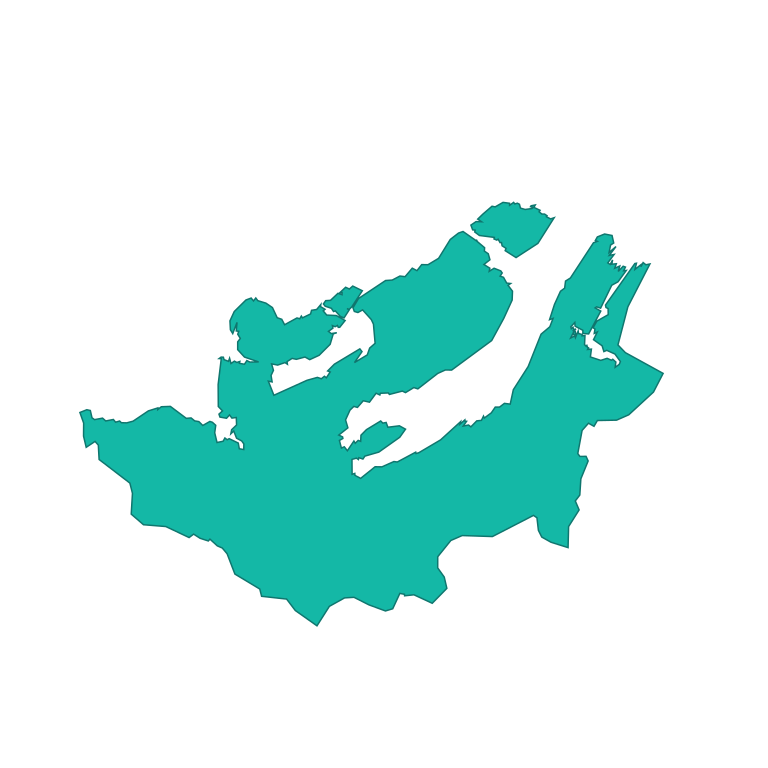 Hyllestad nor, Sogn og Fjordane, Norway (Albers equal-area conic projection), rotated 122°
{"feature_id": "86288312B29957343323174", "entity_name": "Hyllestad nor", "entity_type": "district", "adm_level": 2, "iso_a3": "NOR", "parent_name": "Norway", "parent_adm1": "Sogn og Fjordane", "projection": "albers", "projection_center": [5.193, 61.176], "detail": "fine", "context": "isolated", "style": "filled", "palette": "teal", "viewbox_px": 768, "rotation_deg": 122, "n_neighbors": 0, "source": "geoboundaries", "source_scale": "gbopen_adm2", "svg_char_len": 6161}
<svg xmlns="http://www.w3.org/2000/svg" viewBox="0 0 768 768"><g transform="rotate(122 384 384)"><path d="M141.3,222.1L144.1,225.1L143.7,228.6L148.4,228.2L146.6,229.3L153.8,231.9L147.8,233.9L148.9,235.1L199.7,238.0L201.5,236.3L201.3,233.9L206.4,230.6L217.9,236.8L225.5,236.5L225.6,234.2L229.7,232.5L226.9,230.7L235.4,229.8L236.0,219.3L240.0,214.7L237.4,212.9L236.2,204.0L239.7,195.4L242.7,194.9L247.3,196.8L242.5,199.0L241.8,203.1L243.3,203.7L244.0,208.4L249.1,212.7L251.7,223.3L244.5,226.6L246.8,229.6L244.4,229.5L245.6,230.1L243.8,232.4L244.9,232.5L244.3,234.8L236.5,239.2L238.2,241.6L237.0,242.2L238.1,245.7L236.2,247.4L243.3,246.2L242.1,247.6L246.1,250.1L238.7,250.8L242.0,249.9L240.3,247.5L237.9,249.8L238.4,251.6L235.6,250.3L237.3,252.1L235.7,253.8L237.8,254.5L236.5,255.9L230.7,254.8L233.7,252.6L233.1,243.8L235.8,242.1L233.1,237.0L207.3,238.8L207.6,245.3L205.9,244.6L204.9,240.5L179.6,243.2L173.3,239.7L159.3,238.7L161.0,240.8L156.9,241.2L157.4,243.6L164.4,245.0L159.0,246.6L163.6,249.7L158.9,250.7L161.7,254.3L157.6,255.9L162.8,255.5L162.7,258.4L152.2,257.5L155.6,261.1L144.5,260.1L153.2,262.8L146.1,265.5L142.7,263.9L137.2,269.3L139.9,276.4L146.2,281.0L150.3,280.8L150.0,278.7L153.2,281.2L195.3,282.1L200.5,284.6L207.0,281.6L211.8,283.5L226.2,281.6L241.7,277.7L238.8,275.4L247.6,273.7L258.5,277.2L292.8,271.0L320.3,271.3L334.2,266.3L336.6,271.6L342.4,273.8L344.6,277.4L351.6,277.7L359.7,280.9L358.5,282.6L363.2,282.1L366.1,285.8L374.3,287.6L374.0,290.6L377.7,294.5L371.9,294.2L372.6,295.7L371.6,296.4L377.9,298.3L375.4,299.1L401.4,306.4L423.9,318.1L426.0,320.0L425.0,321.0L443.1,331.4L444.5,334.5L455.4,341.9L458.9,347.7L476.4,353.8L476.9,360.2L475.3,361.4L477.5,363.2L464.9,371.2L461.5,368.1L461.6,365.7L459.8,366.3L458.8,362.1L455.3,362.0L444.5,352.3L420.8,342.4L410.9,341.8L411.3,348.8L418.6,357.8L415.5,361.8L417.8,364.3L417.1,367.2L432.0,374.7L439.6,376.4L445.0,373.4L445.5,376.0L449.5,377.0L448.3,379.3L460.0,379.7L458.3,384.4L460.9,386.2L455.5,391.9L452.0,390.0L450.8,391.1L451.3,395.3L440.3,391.4L434.8,397.6L424.2,399.0L419.0,397.7L417.9,394.1L409.2,392.7L407.1,386.7L396.0,385.8L395.5,381.7L393.8,382.2L389.3,375.6L390.0,373.9L380.3,364.7L379.9,361.2L371.2,356.8L370.2,352.7L346.5,344.0L339.6,339.4L336.3,334.0L290.1,315.7L264.9,317.2L244.9,319.8L237.2,324.2L234.6,331.1L231.7,329.9L233.4,333.4L230.2,339.2L231.0,342.7L227.2,342.6L226.2,344.9L227.5,352.0L232.7,354.5L229.7,355.6L229.7,362.6L222.5,360.0L218.3,364.6L218.1,369.3L215.1,370.9L213.6,381.4L212.4,381.4L213.6,382.0L212.8,397.8L216.5,400.8L226.3,404.4L248.5,404.3L259.5,409.9L262.8,415.3L270.4,416.1L270.8,421.4L281.8,423.0L284.0,427.7L291.5,432.1L295.4,437.5L325.0,450.9L335.8,450.7L338.2,447.6L337.2,444.0L332.5,441.4L336.1,428.9L338.8,424.7L354.2,413.1L361.1,415.2L368.2,413.6L381.5,420.4L368.2,419.8L367.0,423.1L393.5,436.6L402.8,438.7L402.3,436.0L409.3,436.2L409.0,438.6L412.7,439.9L413.7,444.0L421.7,451.3L451.9,471.4L442.9,483.6L441.5,480.0L436.6,484.3L431.0,485.0L426.5,490.0L424.3,484.2L418.3,479.3L418.4,476.4L416.4,478.1L411.0,475.5L409.5,471.4L403.0,465.3L402.7,459.9L394.0,454.2L378.9,450.7L368.4,453.6L365.5,451.2L369.2,455.5L368.8,459.0L363.7,456.9L361.8,458.7L361.3,455.8L359.0,454.5L360.2,452.8L359.4,451.6L350.8,450.6L351.2,460.7L355.9,469.1L354.2,474.3L351.9,473.6L352.0,478.9L350.1,479.7L356.5,480.6L359.9,484.5L363.5,483.4L371.1,488.2L370.2,490.1L373.3,490.0L374.1,492.8L386.4,499.7L383.3,505.0L384.4,509.7L378.3,519.1L378.0,527.0L380.2,535.2L379.0,538.3L382.7,538.7L381.5,542.2L385.9,545.6L401.9,549.4L412.1,548.1L419.4,543.0L421.4,539.0L409.6,541.3L417.3,537.4L416.3,535.1L419.3,534.4L421.5,530.0L425.8,530.4L432.4,526.3L435.1,516.6L431.7,502.0L436.5,509.4L436.8,512.7L441.2,512.8L443.1,517.6L441.3,518.2L443.7,520.2L443.9,523.0L447.7,524.6L444.0,528.6L447.2,527.9L448.1,532.6L446.4,534.4L447.5,536.4L449.8,537.3L448.8,535.4L472.3,524.4L490.9,512.6L492.4,506.7L497.0,508.0L499.0,505.6L496.5,499.4L492.1,498.6L493.5,494.9L490.7,491.5L496.9,487.3L503.5,489.0L507.4,487.5L503.5,486.5L508.1,480.3L507.7,474.5L509.1,471.1L513.9,468.2L515.6,472.4L511.3,476.3L512.4,486.3L514.4,487.5L514.1,490.3L517.8,490.1L522.1,494.6L515.1,501.7L508.2,504.8L507.4,509.2L508.0,511.8L515.2,515.7L514.0,521.1L515.6,525.0L515.0,529.6L517.9,533.5L516.2,553.3L521.3,560.8L525.6,562.3L524.1,563.1L531.7,569.6L548.5,577.1L553.3,581.6L556.0,586.2L555.5,588.6L558.6,591.4L557.5,594.7L562.8,600.4L562.1,604.6L567.6,610.6L567.4,613.7L562.1,619.0L563.3,622.4L569.3,626.8L576.3,618.0L587.4,611.2L595.5,603.0L585.8,598.6L587.2,593.9L599.0,585.6L602.7,547.0L610.0,539.4L628.3,529.4L630.8,513.4L620.5,493.5L617.5,467.9L612.2,465.9L612.3,458.2L610.2,449.8L607.8,449.4L609.6,439.6L608.8,434.2L611.1,427.1L624.2,409.7L623.7,380.7L628.9,375.3L618.0,352.6L623.1,339.2L624.6,312.7L601.5,312.5L586.3,304.1L580.8,296.4L579.3,279.8L575.7,262.5L570.0,257.5L553.2,259.6L551.5,255.2L552.7,254.3L546.9,246.9L544.4,226.9L524.0,222.4L515.8,230.6L511.5,241.0L502.0,246.9L481.3,244.4L471.1,237.4L455.9,211.2L416.2,187.6L416.4,183.4L426.3,175.5L430.2,169.1L429.7,158.4L425.2,141.2L407.1,151.9L387.4,151.8L381.8,159.8L374.4,159.1L360.1,166.8L341.1,170.1L338.3,174.3L341.6,179.5L340.3,182.8L318.4,191.4L308.9,189.8L308.6,183.5L301.9,183.7L291.4,167.6L280.4,160.1L248.0,151.2L227.1,152.9L229.5,195.9L226.9,206.3L189.3,218.1L141.3,222.1ZM183.2,328.0L152.8,327.8L155.7,330.2L156.1,334.9L154.9,334.9L154.8,337.8L156.2,340.2L155.8,343.7L154.0,343.7L154.8,350.5L152.0,350.6L154.9,353.7L156.0,353.7L155.2,350.9L156.7,351.4L161.2,356.8L162.5,361.5L159.8,364.4L160.0,366.7L162.0,368.5L161.3,370.3L165.9,372.2L164.2,373.3L166.9,379.3L174.9,383.6L176.0,386.6L187.6,390.2L194.5,391.9L194.7,387.2L197.5,392.0L203.2,394.5L206.3,390.5L205.2,388.2L207.0,387.6L207.5,381.8L201.2,368.1L202.7,367.6L202.2,364.6L200.7,364.0L202.6,360.5L201.8,359.3L204.2,357.1L204.3,352.4L206.7,351.9L206.8,339.0L183.2,328.0ZM335.6,452.2L316.4,451.8L317.5,462.4L321.8,463.7L322.3,467.8L329.8,469.8L328.7,468.0L330.5,466.9L331.5,471.1L341.4,473.7L344.2,477.6L348.2,477.8L349.2,475.2L347.7,468.7L349.3,465.2L347.8,464.0L349.8,457.0L349.1,452.9L339.7,452.8L339.6,455.4L339.3,453.1L335.6,452.2Z" fill="#14b8a6" stroke="#0f766e" stroke-width="1.5"/></g></svg>